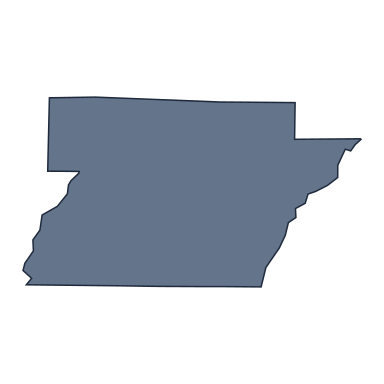 outline of Greene, Arkansas, United States of America
{"feature_id": "52423323B73536950246469", "entity_name": "Greene", "entity_type": "district", "adm_level": 2, "iso_a3": "USA", "parent_name": "United States of America", "parent_adm1": "Arkansas", "projection": "natural_earth1", "projection_center": [-90.537, 36.116], "detail": "fine", "context": "isolated", "style": "filled", "palette": "slate", "viewbox_px": 384, "rotation_deg": 0, "n_neighbors": 0, "source": "geoboundaries", "source_scale": "gbopen_adm2", "svg_char_len": 650}
<svg xmlns="http://www.w3.org/2000/svg" viewBox="0 0 384 384"><path d="M49.4,97.8L47.7,171.2L68.5,171.3L79.2,171.5L78.8,173.2L71.1,180.6L68.5,184.8L67.4,193.8L57.4,206.3L42.1,215.0L39.9,230.1L32.9,239.9L33.4,250.9L24.9,263.2L23.0,270.5L31.6,278.3L26.3,284.8L120.4,285.8L152.1,286.3L161.0,286.4L206.2,286.6L224.3,286.6L261.1,286.9L265.9,267.5L279.3,248.0L285.3,235.3L288.4,222.6L295.9,217.5L295.5,208.5L305.2,203.3L308.0,194.1L315.9,191.3L327.6,185.3L337.7,177.5L337.8,165.2L345.3,149.2L350.7,150.9L355.3,144.5L361.0,139.4L360.6,138.8L294.6,139.3L295.1,102.6L219.7,102.0L95.2,97.1L49.4,97.8Z" fill="#64748b" stroke="#1e293b" stroke-width="1.5"/></svg>